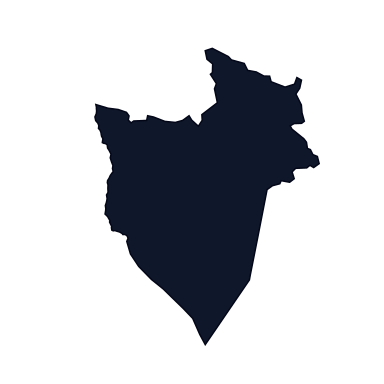 Huerfano, Colorado, United States of America (orthographic projection), rotated 105°
{"feature_id": "52423323B93107180382788", "entity_name": "Huerfano", "entity_type": "district", "adm_level": 2, "iso_a3": "USA", "parent_name": "United States of America", "parent_adm1": "Colorado", "projection": "orthographic", "projection_center": [-105.039, 37.654], "detail": "fine", "context": "isolated", "style": "filled", "palette": "ink", "viewbox_px": 384, "rotation_deg": 105, "n_neighbors": 0, "source": "geoboundaries", "source_scale": "gbopen_adm2", "svg_char_len": 1858}
<svg xmlns="http://www.w3.org/2000/svg" viewBox="0 0 384 384"><g transform="rotate(105 192 192)"><path d="M52.1,215.8L59.9,211.9L62.9,205.2L71.4,203.2L73.5,204.7L81.0,196.5L86.5,197.0L99.2,190.6L114.7,202.5L120.1,200.7L126.8,202.9L122.7,210.8L119.1,214.6L125.3,219.6L129.1,226.1L130.8,236.5L129.5,248.5L129.8,254.6L134.6,254.3L138.5,266.7L141.0,268.7L139.0,272.2L134.8,272.5L132.0,275.9L131.4,284.6L132.8,294.9L132.4,307.5L135.0,306.2L135.7,306.1L138.5,305.1L141.1,304.7L144.6,305.2L148.0,303.5L149.9,300.7L152.0,299.2L154.8,298.8L156.1,296.8L158.3,295.2L159.4,294.8L161.5,293.8L163.7,291.8L166.2,291.6L167.5,291.4L167.8,289.7L167.6,288.4L168.2,286.2L171.4,284.9L173.1,283.0L176.4,280.0L180.2,279.8L183.8,277.5L186.9,275.2L190.0,274.9L192.6,273.4L194.7,274.3L197.2,275.2L200.3,275.7L202.7,276.5L204.9,276.2L206.8,275.0L210.3,274.2L214.1,273.0L217.0,273.8L220.3,272.3L222.2,272.1L224.6,272.0L227.5,272.2L230.3,271.0L232.4,270.6L235.8,270.3L237.6,267.1L239.4,265.4L239.9,264.8L241.1,263.8L242.3,263.9L243.4,263.0L245.4,261.2L246.0,260.7L247.3,260.6L249.6,259.6L249.9,258.1L249.2,256.5L249.3,255.0L249.4,251.6L250.1,248.9L251.0,247.7L250.5,246.3L250.5,245.0L251.3,243.2L253.2,241.8L256.6,242.2L267.8,235.4L277.7,224.2L287.0,208.5L293.1,194.7L299.4,183.5L306.6,170.6L313.9,158.6L327.6,147.6L336.0,139.7L262.1,113.8L257.2,114.2L216.5,116.9L170.3,120.1L165.1,115.9L161.3,109.3L158.0,108.8L157.3,100.2L152.7,96.7L146.7,100.5L142.3,98.0L139.0,87.4L135.7,85.0L136.9,80.8L131.7,76.5L125.2,80.1L124.6,84.9L120.4,88.6L120.0,91.8L114.3,94.3L111.7,97.6L105.4,111.7L102.7,114.3L99.5,111.1L97.3,103.9L94.6,101.8L87.1,106.2L79.6,108.9L70.5,117.0L63.8,114.8L55.6,115.2L54.3,120.3L61.3,120.9L66.6,129.3L65.0,144.1L60.0,147.0L61.4,152.5L59.4,161.0L60.1,169.7L54.3,174.8L54.2,188.1L51.8,191.9L48.0,209.6L52.1,215.8Z" fill="#0f172a" stroke="#020617" stroke-width="1.5"/></g></svg>